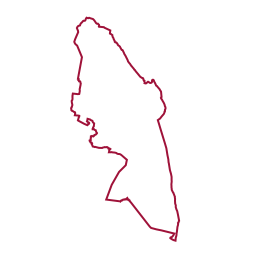 the district of Jevnaker nor, Oppland, Norway, rotated 196°
{"feature_id": "86288312B26637374154815", "entity_name": "Jevnaker nor", "entity_type": "district", "adm_level": 2, "iso_a3": "NOR", "parent_name": "Norway", "parent_adm1": "Oppland", "projection": "mercator", "projection_center": [10.399, 60.283], "detail": "fine", "context": "isolated", "style": "outline", "palette": "rose", "viewbox_px": 256, "rotation_deg": 196, "n_neighbors": 0, "source": "geoboundaries", "source_scale": "gbopen_adm2", "svg_char_len": 5799}
<svg xmlns="http://www.w3.org/2000/svg" viewBox="0 0 256 256"><g transform="rotate(196 128 128)"><path d="M156.8,100.5L155.2,100.6L154.9,100.5L154.4,100.8L154.1,100.8L150.3,100.9L149.7,101.1L147.3,101.7L146.6,102.4L145.5,102.9L145.2,103.2L143.9,103.4L143.1,103.7L143.1,103.8L142.6,103.9L142.0,103.7L141.7,103.5L141.5,103.2L141.0,103.3L140.3,103.2L140.4,102.9L139.5,103.0L139.2,102.9L139.3,102.7L139.5,102.6L140.0,102.6L140.0,102.2L139.9,101.4L139.7,101.1L139.8,100.6L139.6,100.2L139.6,99.4L137.6,100.0L137.1,100.3L136.1,100.3L134.2,100.7L132.6,100.8L131.9,100.6L131.6,100.4L130.4,100.3L129.1,100.6L128.3,100.6L127.2,100.3L120.3,97.1L119.9,91.6L124.5,83.3L128.0,68.9L129.2,53.2L115.5,55.3L115.1,55.2L115.0,55.6L114.9,55.9L114.5,56.1L114.4,56.6L113.9,56.7L113.9,56.9L113.7,57.1L113.3,57.2L112.9,57.9L112.4,58.0L111.8,58.4L111.4,58.3L111.1,58.7L110.2,58.7L110.1,58.9L110.1,59.5L109.4,60.5L109.0,60.0L108.6,59.7L108.3,59.0L107.8,58.9L107.6,59.2L107.5,59.3L106.5,58.7L106.4,58.7L106.2,58.1L105.7,57.9L104.2,56.9L80.9,39.9L79.6,39.0L78.2,38.3L72.8,38.4L67.7,38.8L54.5,39.3L54.8,37.3L55.0,36.8L55.9,35.1L56.1,34.9L56.5,34.8L56.8,34.6L56.8,34.3L57.0,34.1L56.9,33.7L54.5,33.0L53.1,32.8L51.3,32.8L51.5,34.1L51.7,34.7L51.8,35.8L51.9,36.2L51.8,37.2L51.9,38.4L52.1,39.4L52.2,39.6L52.3,40.7L52.4,41.9L52.7,43.5L52.9,44.8L53.2,46.5L53.2,48.4L53.4,49.9L53.7,50.2L53.8,50.4L53.6,50.8L53.6,51.1L53.4,51.4L53.4,51.8L53.5,52.4L53.5,52.6L53.3,52.9L54.4,55.1L54.8,55.9L55.0,56.3L56.1,58.5L57.8,61.7L59.0,63.1L60.3,65.1L60.7,66.7L61.0,67.2L61.8,68.3L62.8,71.1L63.2,72.8L63.8,74.0L64.0,74.9L64.7,75.7L65.5,76.9L66.0,77.4L66.2,77.6L66.4,78.1L67.1,78.6L67.9,79.5L68.9,80.6L69.3,81.8L69.8,82.8L70.1,83.9L70.8,85.9L71.2,88.4L71.9,90.5L72.4,92.3L72.7,93.2L74.1,95.9L76.1,99.1L79.1,105.5L79.5,106.1L80.6,109.0L82.6,112.8L85.6,119.2L88.4,123.6L96.4,135.9L99.4,140.6L101.5,143.8L99.8,145.9L99.1,147.7L98.4,149.3L97.8,150.6L97.5,151.2L97.2,153.2L97.3,153.5L97.4,153.9L97.1,154.2L97.2,154.8L97.3,155.0L97.5,155.8L97.4,156.1L97.3,156.5L97.3,157.1L97.4,157.4L97.8,158.4L98.5,159.1L99.4,160.7L100.7,162.2L102.1,163.5L102.7,164.1L102.9,164.4L103.7,165.0L104.3,165.5L104.2,165.9L104.4,166.3L104.6,166.5L104.3,166.8L104.4,167.4L104.8,168.3L106.2,171.9L106.4,172.2L107.8,173.4L108.2,173.9L108.8,174.3L111.2,175.9L111.7,176.3L112.6,176.5L112.8,176.7L113.7,177.9L114.0,178.1L114.4,178.7L115.6,179.8L116.1,180.6L116.7,181.2L116.9,181.3L117.5,181.2L117.8,181.0L117.9,180.8L118.0,180.5L117.9,179.9L117.6,179.0L117.7,178.5L117.9,178.1L118.4,177.7L119.0,177.4L119.9,177.5L120.5,177.8L121.5,178.0L121.7,177.8L122.0,177.3L122.8,176.0L123.2,175.9L123.7,175.6L124.0,175.8L124.3,175.8L124.2,176.1L124.7,176.7L125.0,177.2L125.2,177.3L125.2,177.6L125.2,178.0L125.4,178.1L125.9,178.1L126.3,178.4L126.6,179.0L126.8,179.2L127.0,179.8L127.3,180.0L127.8,180.1L128.5,180.0L130.5,180.7L131.3,181.3L136.0,184.5L136.7,185.0L137.1,185.5L138.0,185.8L138.8,186.6L140.4,187.6L141.1,188.2L141.8,188.5L142.4,189.1L142.9,189.4L143.7,190.2L144.7,190.8L146.3,192.0L147.0,193.1L150.5,196.9L151.9,198.1L152.3,198.7L154.5,201.2L154.8,201.4L155.3,201.3L155.7,201.4L157.7,203.4L158.2,204.0L159.2,204.5L160.0,204.7L160.8,205.2L161.0,205.7L161.5,206.0L162.4,206.8L162.9,207.0L163.4,206.8L163.7,206.8L164.4,207.1L164.6,207.4L164.6,207.5L164.6,207.8L166.2,209.4L166.7,210.3L167.5,211.0L167.9,211.4L168.0,211.7L168.6,212.6L168.7,212.9L168.7,213.0L169.9,213.5L171.4,213.8L171.6,214.7L171.9,216.9L178.2,217.9L179.1,218.3L179.8,218.1L182.6,217.6L183.7,217.3L184.0,217.6L183.9,217.9L183.9,218.3L184.3,219.2L184.4,219.3L185.1,219.5L185.7,220.0L186.6,219.7L187.5,220.0L190.0,222.1L191.3,222.9L191.9,223.1L194.0,223.1L195.4,223.2L195.8,223.2L196.6,222.5L198.2,222.6L198.6,221.5L198.7,219.7L198.8,219.5L199.1,219.2L199.8,218.9L200.2,218.9L200.7,218.4L201.4,216.8L202.1,215.7L202.2,215.4L202.4,214.5L202.4,213.4L203.9,212.4L204.4,211.4L204.5,211.2L204.7,210.0L202.9,207.7L202.3,206.4L203.3,198.7L203.4,196.1L202.9,195.3L201.6,194.1L199.6,193.2L191.8,183.4L189.7,161.6L189.2,161.7L188.9,161.6L188.8,161.4L189.1,160.9L188.9,160.6L188.9,160.4L188.7,160.4L188.3,159.8L187.9,159.4L187.2,159.7L186.7,159.4L186.5,159.2L186.2,158.4L185.7,157.9L185.7,157.2L185.5,156.7L185.3,153.8L185.2,153.1L185.2,152.1L184.9,151.2L184.6,150.5L184.5,149.9L184.4,149.2L184.4,148.5L184.2,147.5L184.3,147.2L185.7,146.7L190.5,145.9L190.5,145.3L190.3,144.6L190.3,143.8L190.0,142.9L190.0,142.5L189.6,141.6L189.3,140.2L189.3,139.4L189.6,138.7L189.4,137.9L188.7,136.4L188.2,135.6L188.0,135.1L187.8,134.8L187.8,134.1L187.8,133.9L187.8,133.3L187.8,132.5L188.1,132.2L188.1,131.9L188.1,131.2L187.6,130.6L187.6,130.1L187.5,129.7L187.3,129.5L186.7,129.1L185.5,129.0L184.6,128.6L183.5,128.6L183.2,128.4L182.8,127.7L182.9,127.4L182.7,126.6L182.6,126.4L182.6,125.6L178.8,126.3L178.2,126.3L178.0,125.5L178.2,124.7L178.3,124.0L178.2,123.0L178.3,121.6L178.0,121.4L171.5,120.0L168.9,119.6L167.8,119.5L167.6,119.8L167.5,120.1L167.6,120.6L166.8,121.1L166.6,121.7L166.6,122.0L167.0,122.4L168.8,122.8L169.3,123.1L169.2,123.5L169.4,125.7L169.1,125.7L166.6,125.7L165.9,125.3L164.2,125.1L163.8,124.5L163.4,123.9L162.6,123.4L161.8,123.1L161.4,120.6L161.3,120.3L161.6,119.3L161.7,118.6L161.7,118.4L161.6,118.0L161.8,117.3L161.7,117.1L161.1,117.5L160.6,117.6L160.3,117.2L159.7,117.0L158.4,116.9L158.3,116.6L158.0,116.3L157.6,115.6L156.4,114.6L156.4,114.2L156.5,114.0L156.8,113.7L157.0,113.0L157.6,112.6L158.0,112.0L158.4,111.9L158.5,111.3L158.6,111.1L158.6,110.9L159.0,110.3L159.7,110.3L160.4,110.5L161.4,109.8L161.2,109.0L161.0,108.8L161.0,108.5L161.1,108.2L161.0,107.6L160.8,107.4L160.8,107.1L160.6,106.4L160.4,105.9L160.5,105.7L161.0,105.7L161.5,105.5L161.5,105.4L161.3,105.0L160.7,104.5L159.9,103.7L159.1,104.0L158.3,103.4L158.4,103.1L158.3,102.8L158.4,102.4L157.4,101.4L156.8,100.5Z" fill="none" stroke="#9f1239" stroke-width="2"/></g></svg>